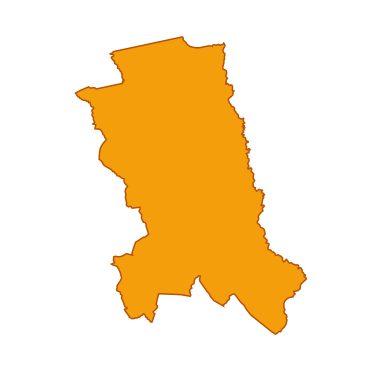 outline of Morrumbala, Zambezia, Mozambique, rotated 170°
{"feature_id": "85939544B61462515035200", "entity_name": "Morrumbala", "entity_type": "district", "adm_level": 2, "iso_a3": "MOZ", "parent_name": "Mozambique", "parent_adm1": "Zambezia", "projection": "orthographic", "projection_center": [35.601, -17.005], "detail": "fine", "context": "isolated", "style": "filled", "palette": "amber", "viewbox_px": 384, "rotation_deg": 170, "n_neighbors": 0, "source": "geoboundaries", "source_scale": "gbopen_adm2", "svg_char_len": 6042}
<svg xmlns="http://www.w3.org/2000/svg" viewBox="0 0 384 384"><g transform="rotate(170 192 192)"><path d="M283.2,108.3L282.7,107.5L280.5,106.4L280.0,105.2L280.2,103.8L278.8,102.1L279.7,100.4L279.8,99.6L278.7,95.4L278.1,91.3L277.9,90.6L276.5,89.7L276.0,88.9L276.5,88.4L278.5,88.4L278.9,87.9L278.8,87.3L275.5,80.5L275.5,79.6L273.0,77.6L271.5,77.5L269.3,77.8L267.6,77.5L266.6,78.0L265.3,77.9L264.2,78.8L262.1,79.4L261.5,80.3L260.7,80.5L259.6,79.0L259.2,76.8L257.9,76.0L258.1,75.5L257.9,74.6L256.2,73.3L255.4,71.3L254.6,70.9L254.0,70.9L249.7,78.6L250.7,79.3L251.1,80.3L251.0,80.8L246.4,84.0L246.0,84.7L245.8,85.7L246.7,87.1L246.7,87.7L244.6,93.1L242.4,97.6L221.0,92.9L211.8,89.6L211.1,90.6L211.6,93.0L211.2,93.6L211.6,95.5L210.5,96.6L208.8,97.4L209.3,99.0L208.7,100.3L205.9,101.6L205.4,103.7L203.7,106.6L201.1,107.2L200.1,108.3L198.7,108.1L198.5,107.4L199.8,104.4L199.7,102.7L194.1,90.8L192.7,88.7L192.1,86.1L189.2,81.2L180.7,74.1L180.6,75.4L177.3,77.1L176.0,78.7L174.4,79.5L173.8,80.1L173.2,83.0L169.1,84.5L168.1,84.1L166.9,82.6L163.2,75.1L160.4,71.4L158.7,66.8L155.5,60.8L137.4,40.1L136.1,39.2L134.7,37.6L133.2,37.9L130.5,39.5L129.0,39.0L127.1,41.3L124.2,43.3L122.0,46.1L120.7,49.6L121.2,51.0L120.2,52.7L120.4,54.6L121.9,56.2L122.3,57.7L122.1,58.5L120.9,59.8L121.6,62.0L120.9,66.3L119.6,68.4L116.4,70.7L113.9,71.2L110.7,71.2L110.0,72.4L108.2,73.7L108.5,74.6L109.1,75.0L109.0,76.3L104.9,76.5L103.0,77.5L102.0,78.6L101.5,81.2L100.5,82.6L94.5,86.4L94.7,87.8L96.2,89.1L96.0,89.7L95.0,90.0L94.9,90.7L96.0,91.6L96.4,93.1L97.2,93.8L97.1,96.0L98.1,98.5L98.7,98.7L100.2,98.0L100.9,98.2L99.8,100.5L100.3,101.6L100.9,102.0L102.7,102.0L103.4,102.8L104.3,102.9L106.6,105.1L108.0,105.0L108.7,105.3L110.6,109.2L111.2,109.2L112.8,107.6L113.6,107.3L114.5,108.6L114.7,109.9L114.2,111.2L115.5,113.2L117.9,115.1L120.4,115.1L120.8,115.6L121.0,117.2L122.1,118.6L123.5,119.3L124.3,120.8L127.0,122.4L126.9,124.0L125.1,127.3L125.6,128.1L128.0,129.1L127.9,129.6L126.7,130.5L126.4,131.5L129.2,135.5L128.8,136.3L127.2,138.0L127.4,142.4L128.2,143.7L130.7,145.5L131.2,148.0L132.8,149.8L132.9,151.3L131.0,153.7L130.9,156.3L130.3,157.5L127.2,160.2L125.4,161.1L125.7,163.8L123.3,165.4L123.6,166.6L124.3,166.8L125.8,166.4L126.2,166.7L126.2,167.2L125.1,168.7L123.5,173.0L122.4,174.1L122.4,174.7L123.1,175.8L123.0,176.3L122.4,176.5L121.8,176.1L121.1,176.8L122.1,178.4L123.2,179.0L123.6,179.7L123.4,180.3L122.4,181.2L122.6,181.7L124.7,182.3L125.6,183.0L127.5,181.8L128.3,181.7L129.3,184.1L128.8,185.0L130.7,186.5L130.9,187.5L130.4,188.6L130.4,190.3L128.3,192.4L129.3,195.1L129.1,196.3L128.1,199.0L130.2,202.2L129.2,204.5L129.4,205.2L130.4,205.6L132.4,204.8L132.8,205.0L133.0,205.8L132.8,206.4L131.6,207.1L131.5,207.9L132.2,210.0L131.4,211.7L130.5,212.5L130.2,213.8L130.4,214.8L131.4,215.9L130.9,218.2L132.0,220.2L131.0,220.7L129.2,220.8L128.8,222.4L127.4,223.7L128.3,224.7L129.1,224.7L130.5,224.0L131.1,224.5L131.1,225.2L130.3,226.8L130.9,229.7L130.1,230.8L127.9,231.4L127.8,231.8L128.3,232.4L129.3,232.3L129.8,232.7L130.0,236.2L132.0,237.2L132.1,237.8L130.8,239.0L130.8,239.3L131.1,239.6L132.5,239.6L132.9,240.0L132.5,241.0L130.8,241.9L130.8,243.8L129.7,244.5L130.2,245.5L128.8,246.1L129.0,246.8L130.7,247.3L131.0,247.7L130.9,247.9L129.1,248.3L130.1,250.2L128.1,250.9L129.2,252.6L128.4,255.4L128.7,255.8L130.6,255.2L133.2,257.1L133.1,260.1L134.7,261.9L135.1,263.8L136.2,265.0L135.6,266.4L135.7,267.4L136.7,268.9L138.0,269.3L138.5,270.0L138.6,271.5L139.4,272.4L140.2,275.6L140.1,276.8L138.8,278.4L137.0,279.0L134.9,280.6L134.1,283.3L133.1,284.3L133.2,284.6L134.2,284.6L134.6,285.1L133.8,288.6L134.1,290.2L135.1,290.7L136.9,290.6L138.2,292.8L138.7,292.9L139.6,292.2L140.1,292.7L138.7,296.3L137.3,297.9L138.4,299.3L138.6,300.1L137.2,303.5L137.2,305.4L137.9,306.3L140.0,307.6L140.2,308.2L140.0,309.7L138.2,313.6L137.8,315.7L136.9,317.6L136.5,320.1L135.7,321.7L135.7,322.7L136.6,323.7L137.1,325.0L136.7,326.8L134.2,330.2L134.3,332.2L135.0,333.1L135.9,332.0L138.3,331.7L140.1,332.7L142.9,332.4L144.6,333.2L145.9,333.0L146.6,331.9L147.8,332.5L150.1,333.0L160.0,332.8L163.7,333.5L168.4,335.5L170.8,337.7L172.1,340.5L173.7,342.4L174.2,343.7L174.0,345.3L174.5,346.4L244.9,343.9L246.1,342.9L248.5,342.2L248.0,341.7L246.7,341.4L245.3,340.4L246.0,339.2L247.9,338.9L248.1,337.9L246.4,334.8L245.5,334.2L245.9,332.8L245.8,332.1L243.4,329.7L243.3,328.3L243.8,327.3L243.7,326.7L242.3,326.0L241.7,323.5L240.6,322.3L240.9,321.1L240.3,319.6L240.9,318.4L241.0,317.0L240.3,315.3L240.4,314.7L239.7,314.4L239.5,313.8L240.3,312.6L240.8,313.1L241.0,312.3L241.7,312.0L242.0,311.0L268.5,310.1L269.3,311.2L271.1,311.9L273.0,311.9L274.5,312.3L275.5,313.5L283.9,311.5L289.5,309.7L287.8,305.6L286.6,305.1L286.1,303.7L285.6,303.6L284.7,302.4L282.9,301.2L281.8,301.0L280.0,300.1L279.7,299.3L278.3,299.4L278.2,297.9L276.9,297.8L276.7,294.4L275.7,293.1L274.8,292.9L274.3,291.9L274.5,291.2L276.0,290.3L276.5,289.4L276.5,288.4L275.9,287.1L276.8,286.2L277.1,285.2L277.0,284.3L276.1,282.5L276.6,280.4L275.9,278.2L276.0,277.2L276.5,276.6L277.5,276.7L277.9,276.3L275.3,275.1L275.0,274.6L276.3,272.3L276.6,271.0L272.1,269.9L271.3,269.3L269.8,265.9L269.8,264.7L268.6,262.8L268.5,261.1L267.4,258.8L267.7,258.0L270.6,255.7L272.7,253.6L274.7,250.9L276.2,247.0L277.8,240.3L275.8,238.2L274.4,234.4L273.5,233.0L267.5,228.0L266.6,225.9L265.4,225.7L264.4,223.6L263.1,222.6L262.9,221.0L261.1,220.4L259.1,218.1L256.6,216.8L257.0,214.5L256.9,212.8L254.5,208.9L256.3,207.1L257.7,204.5L257.7,202.6L257.3,201.8L258.5,198.6L258.3,192.9L258.9,190.3L257.1,188.4L254.8,188.5L253.8,186.5L245.9,186.0L246.0,184.5L247.3,182.8L247.4,181.7L245.6,178.6L246.3,174.8L245.5,171.4L244.9,170.6L243.6,170.2L242.9,168.8L243.1,166.3L242.1,158.0L245.8,155.8L247.5,156.0L256.3,152.3L261.0,143.7L261.7,142.0L261.5,140.2L267.4,142.6L270.8,141.3L273.6,140.8L275.6,141.0L278.8,142.0L280.4,141.7L281.3,138.0L280.4,136.7L280.5,135.8L283.9,135.0L283.1,134.2L279.2,132.1L278.7,131.5L277.4,128.4L276.7,125.4L276.2,120.2L276.4,119.3L277.8,117.2L282.0,112.8L282.2,112.2L282.3,110.4L283.1,109.3L283.2,108.3Z" fill="#f59e0b" stroke="#b45309" stroke-width="1.5"/></g></svg>